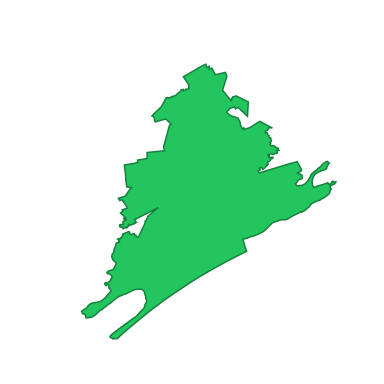 outline of Tecuala, Nayarit, Mexico, rotated 253°
{"feature_id": "50627088B70110967390572", "entity_name": "Tecuala", "entity_type": "district", "adm_level": 2, "iso_a3": "MEX", "parent_name": "Mexico", "parent_adm1": "Nayarit", "projection": "equal_earth", "projection_center": [-105.534, 22.348], "detail": "fine", "context": "isolated", "style": "filled", "palette": "green", "viewbox_px": 384, "rotation_deg": 253, "n_neighbors": 0, "source": "geoboundaries", "source_scale": "gbopen_adm2", "svg_char_len": 5987}
<svg xmlns="http://www.w3.org/2000/svg" viewBox="0 0 384 384"><g transform="rotate(253 192 192)"><path d="M110.2,51.5L109.1,51.7L107.8,51.6L107.2,52.3L107.2,53.0L106.6,53.8L105.7,53.8L104.3,54.1L103.4,53.7L102.6,53.8L101.7,57.9L101.7,60.0L102.3,62.4L103.3,64.9L105.2,68.4L105.7,70.3L105.8,71.3L107.0,73.8L107.7,76.2L108.9,78.6L109.2,80.5L112.6,88.6L113.5,92.2L113.6,94.5L113.9,95.7L113.9,98.9L115.4,108.2L114.7,112.9L113.6,115.1L112.6,116.6L109.9,117.3L108.6,117.0L105.4,117.2L104.2,116.6L103.5,116.6L102.6,117.0L101.3,116.9L99.7,115.9L99.1,115.2L98.1,114.2L95.3,112.4L93.9,110.3L92.4,107.3L90.6,104.7L90.5,104.1L90.1,103.4L89.6,102.9L89.3,102.3L87.1,94.9L86.5,93.9L86.5,93.6L86.0,92.0L85.2,90.9L85.4,90.4L84.7,88.1L84.6,87.6L84.1,87.4L83.3,84.0L82.7,83.0L82.3,81.3L81.4,79.8L81.4,79.2L80.9,78.3L81.0,77.9L80.3,76.1L78.4,72.0L78.1,71.6L77.2,71.1L76.6,71.5L75.7,73.0L74.7,73.1L74.5,74.7L73.7,77.2L73.7,77.8L74.3,79.3L75.0,80.3L79.9,91.1L89.9,115.3L96.1,132.1L100.4,145.4L106.7,166.7L108.5,173.4L111.4,185.7L113.1,193.1L115.6,205.7L117.5,215.9L119.3,226.9L123.9,226.7L131.7,226.9L131.9,228.4L131.7,229.6L131.9,230.7L131.6,231.7L132.1,233.5L131.9,238.6L132.5,244.5L133.1,248.0L134.8,252.2L139.1,260.0L139.4,268.2L139.3,269.2L138.2,273.1L138.1,275.2L139.7,281.3L140.6,287.7L141.2,289.3L140.7,291.3L141.2,293.9L143.5,299.6L146.0,303.0L146.9,309.4L146.7,311.8L147.5,313.8L147.8,315.7L148.7,319.1L149.8,321.8L151.0,323.4L153.3,324.7L153.8,325.9L155.6,325.4L156.2,325.6L156.9,326.3L157.6,326.1L157.8,326.4L158.0,330.7L158.8,331.6L159.0,332.2L159.8,332.5L159.6,331.2L161.3,329.7L160.2,328.1L159.9,327.9L158.9,325.6L161.3,324.5L161.0,323.5L160.9,317.0L161.1,313.8L160.6,309.7L163.8,309.3L167.2,310.0L170.2,311.8L172.7,314.4L173.4,315.9L173.5,316.9L174.1,317.7L174.2,321.1L174.6,321.8L174.4,326.5L175.5,327.9L176.2,328.0L177.9,329.5L179.5,331.8L181.8,330.3L181.6,328.4L180.5,325.3L178.3,321.5L177.6,319.1L176.9,318.2L175.0,313.1L173.3,310.3L172.3,309.9L169.2,306.6L166.8,302.7L166.2,299.5L167.1,294.2L169.8,293.1L170.0,294.2L172.4,297.5L172.6,301.2L175.9,302.2L177.5,300.7L178.9,298.5L179.8,298.6L179.7,301.4L180.5,302.8L181.5,303.3L190.2,301.4L190.5,294.1L190.6,261.6L192.7,261.3L192.9,263.3L193.4,263.7L193.8,263.1L195.1,263.2L195.1,265.8L193.2,266.2L193.0,267.0L195.4,271.7L196.0,271.5L196.1,272.5L196.3,272.9L196.6,273.1L198.1,272.9L198.6,273.5L198.8,275.1L199.1,275.6L199.3,275.9L200.3,276.5L200.5,278.2L200.9,279.4L201.5,279.6L202.7,275.5L203.7,275.9L203.9,276.5L204.5,276.5L204.5,275.9L204.9,275.4L205.5,275.5L205.5,278.7L204.1,280.7L204.5,285.2L206.7,285.1L206.4,287.3L207.5,286.8L207.9,287.2L208.6,287.2L208.6,286.6L209.0,286.6L210.2,284.8L211.0,284.6L211.3,284.9L211.5,284.7L212.1,283.7L212.6,283.3L213.2,281.1L214.2,280.6L215.4,281.5L215.8,281.4L216.5,280.8L216.7,281.0L216.6,281.8L217.8,283.0L219.2,282.7L220.4,283.2L221.7,281.6L223.4,282.1L223.6,281.7L224.3,281.4L226.5,281.3L226.8,280.4L226.7,279.6L227.6,279.5L228.4,279.9L228.7,280.6L228.9,282.0L229.6,283.3L230.2,283.8L230.7,283.9L230.8,284.2L230.6,285.6L229.9,287.1L230.0,287.2L239.8,277.4L236.8,266.7L236.6,262.5L236.2,260.4L237.7,260.8L238.1,260.4L237.7,258.5L238.8,258.6L242.2,257.9L243.1,258.4L243.8,258.2L245.4,258.4L249.2,257.6L251.8,253.9L254.9,250.1L256.7,249.3L257.9,248.5L259.0,249.3L260.8,252.8L261.0,257.5L258.7,258.0L259.5,260.8L248.2,267.2L261.7,272.2L271.1,262.2L270.8,260.6L271.1,260.0L270.9,259.7L271.1,258.8L270.8,258.5L270.0,258.1L269.9,257.7L269.6,257.5L269.7,257.1L268.5,257.0L267.8,256.0L280.4,251.0L292.3,259.1L296.6,259.0L297.4,248.5L304.6,247.3L304.3,244.5L307.2,245.2L306.8,242.6L309.9,242.4L310.3,243.2L309.4,237.3L304.7,217.4L295.6,220.2L291.6,219.1L292.0,215.9L291.4,215.8L291.3,213.4L292.7,213.6L293.0,211.4L292.2,211.3L291.3,209.6L291.0,209.4L291.0,208.4L289.9,206.3L289.0,203.9L289.1,202.7L288.8,201.3L289.2,201.3L288.7,198.3L288.6,196.9L289.4,196.5L289.4,195.8L289.8,195.0L282.5,187.6L276.5,175.9L275.4,177.0L274.1,177.6L271.3,177.1L269.8,177.4L269.5,188.3L262.9,191.8L262.3,189.9L246.2,179.8L244.9,178.9L244.7,178.6L244.0,178.4L243.6,178.1L239.5,177.6L242.9,160.6L238.4,159.3L237.9,158.9L237.1,158.7L237.5,157.0L237.6,153.8L237.9,153.3L238.4,149.2L236.1,148.8L236.3,147.4L236.2,145.9L237.6,135.2L228.2,133.5L223.4,132.3L215.9,131.1L214.2,135.4L209.5,129.1L208.3,127.9L207.6,127.8L207.5,119.7L205.0,120.4L205.0,122.8L202.3,123.6L202.3,124.0L195.5,125.6L195.3,120.1L194.0,120.8L193.0,117.5L187.0,120.8L186.7,119.0L185.5,119.2L185.4,120.0L185.7,119.9L185.8,120.9L184.6,120.8L184.4,118.9L183.9,117.3L181.2,116.7L181.8,114.1L181.7,113.3L180.0,112.6L179.9,113.5L178.7,113.9L178.6,114.3L178.6,115.5L177.0,115.5L177.2,116.0L177.5,118.2L177.2,118.3L176.7,119.2L177.2,119.8L177.6,120.7L178.4,121.0L179.5,122.2L178.2,122.4L178.4,125.3L178.9,125.7L178.4,126.6L178.6,127.5L178.8,128.7L179.4,128.7L179.3,129.9L180.0,129.4L180.9,129.3L182.3,128.8L187.0,155.4L184.4,148.8L181.5,142.4L180.5,142.0L179.6,141.3L179.6,140.8L177.6,139.2L177.8,138.6L176.0,138.0L164.8,127.9L165.4,125.5L167.1,125.7L167.3,124.5L169.2,124.5L169.4,123.2L168.7,121.4L169.7,120.9L170.6,120.0L171.7,120.6L172.3,120.3L172.6,120.0L172.1,113.7L171.7,113.2L170.5,113.0L170.0,112.0L169.0,111.4L169.2,109.8L169.1,110.1L168.4,110.1L169.0,107.8L168.3,107.8L168.3,107.3L168.0,107.5L167.8,108.1L166.7,107.9L166.7,107.6L165.8,107.6L165.7,108.0L165.1,108.0L165.1,107.1L165.3,107.0L165.3,104.5L162.1,102.8L161.2,101.7L160.0,100.8L156.6,99.2L156.6,98.8L155.8,97.4L153.4,96.3L152.7,96.2L152.5,96.4L150.1,96.5L146.1,98.9L141.0,94.4L140.8,91.0L140.9,88.9L140.0,88.3L140.2,87.4L140.1,87.2L138.9,87.0L138.1,88.6L135.6,90.8L135.3,90.9L134.6,90.6L133.6,90.5L132.7,89.1L131.2,88.0L130.4,86.4L130.1,85.4L130.1,84.7L130.6,82.7L130.4,82.2L129.9,81.8L128.7,81.7L127.7,82.2L127.6,82.9L128.3,83.7L128.4,84.0L128.2,84.8L127.7,85.1L125.2,84.5L124.2,84.5L121.8,85.7L120.8,85.9L120.1,84.0L117.5,80.0L116.6,79.0L115.8,77.3L114.3,73.3L114.1,70.5L115.0,64.1L114.8,62.3L114.3,60.8L113.6,59.4L112.2,57.8L110.2,51.5Z" fill="#22c55e" stroke="#15803d" stroke-width="1.5"/></g></svg>